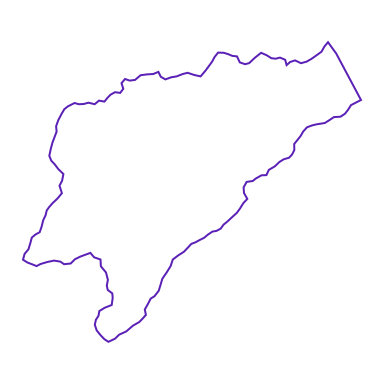 the district of São José de Ubá, Rio de Janeiro, Brazil
{"feature_id": "56859067B33717371595931", "entity_name": "São José de Ubá", "entity_type": "district", "adm_level": 2, "iso_a3": "BRA", "parent_name": "Brazil", "parent_adm1": "Rio de Janeiro", "projection": "mercator", "projection_center": [-41.953, -21.389], "detail": "fine", "context": "isolated", "style": "outline", "palette": "violet", "viewbox_px": 384, "rotation_deg": 0, "n_neighbors": 0, "source": "geoboundaries", "source_scale": "gbopen_adm2", "svg_char_len": 2276}
<svg xmlns="http://www.w3.org/2000/svg" viewBox="0 0 384 384"><path d="M361.0,100.0L336.2,53.5L328.0,42.2L324.5,46.4L321.5,51.7L316.4,55.4L311.4,58.9L306.7,61.6L301.0,63.2L295.1,60.4L290.1,62.0L286.6,65.1L285.2,59.8L280.0,57.6L275.6,58.7L271.3,58.2L266.8,55.3L261.1,52.8L254.8,57.8L249.2,63.1L245.1,64.2L239.8,62.4L237.0,56.4L232.4,55.9L228.3,54.2L223.8,52.8L218.1,52.6L214.6,57.0L212.2,61.5L209.3,65.5L205.6,70.5L200.6,76.4L194.0,74.9L187.6,72.8L182.8,74.0L176.6,76.4L171.1,77.3L165.4,79.4L160.8,76.8L158.4,71.9L153.2,74.0L147.0,74.4L140.6,75.2L135.1,79.9L129.7,80.6L125.0,79.0L121.5,83.2L123.3,88.8L120.2,92.9L115.0,92.2L110.5,94.7L107.5,97.8L104.4,101.6L99.0,100.6L94.7,104.2L88.4,102.7L83.7,104.0L78.7,104.2L74.6,103.0L68.0,106.3L64.4,109.1L61.6,113.8L58.3,120.1L56.1,126.3L56.6,131.7L54.6,136.9L52.5,142.5L50.8,148.7L49.3,155.8L51.3,160.7L54.6,164.2L58.4,169.2L63.4,174.0L62.1,180.7L59.5,185.7L61.9,193.2L57.5,198.5L52.5,203.2L49.1,207.1L46.7,210.5L45.6,215.2L43.2,220.3L41.6,226.7L39.7,232.2L35.5,234.5L31.8,237.6L30.5,242.5L28.5,249.2L24.6,253.9L23.0,259.7L27.4,262.5L32.4,264.4L36.5,266.1L40.6,264.0L47.3,262.0L54.0,260.6L60.3,261.6L64.1,264.2L70.7,263.5L75.0,259.2L80.3,256.6L85.7,254.6L90.4,252.9L94.1,257.3L100.5,259.5L100.9,266.3L106.0,272.5L107.9,279.8L106.8,285.5L107.7,289.9L112.3,293.4L112.7,297.9L111.7,305.0L104.6,307.8L99.3,311.1L98.5,315.8L95.9,319.8L94.8,324.8L96.7,330.4L100.4,335.0L104.4,339.2L108.4,341.8L115.0,338.7L119.1,334.7L126.3,331.4L132.9,325.7L139.3,322.0L142.8,318.4L145.9,314.9L144.8,309.5L147.9,304.0L150.7,298.6L154.5,296.2L158.7,290.8L160.5,285.0L162.3,278.8L166.7,272.4L170.6,266.1L172.8,259.5L178.1,255.5L184.0,251.7L187.6,247.9L191.3,243.9L195.5,242.3L199.3,240.2L204.1,237.8L207.8,234.7L212.4,231.6L216.5,230.9L220.7,228.6L223.6,224.6L227.1,221.8L231.4,217.8L236.7,213.0L239.8,208.8L243.3,203.2L247.3,198.9L244.0,193.0L243.6,187.4L246.6,181.9L252.7,181.0L256.0,178.4L261.5,175.3L266.4,175.1L268.8,169.9L274.9,166.3L279.5,161.9L283.7,159.3L289.1,157.7L292.0,154.6L294.3,150.1L294.2,144.0L297.1,140.4L300.6,136.0L303.2,131.5L307.0,127.3L312.1,125.4L316.2,124.4L320.5,123.7L324.8,123.0L329.6,120.0L333.9,117.1L340.5,116.7L344.9,113.8L348.0,109.9L351.0,105.1L356.5,102.3L361.0,100.0Z" fill="none" stroke="#5b21b6" stroke-width="2"/></svg>